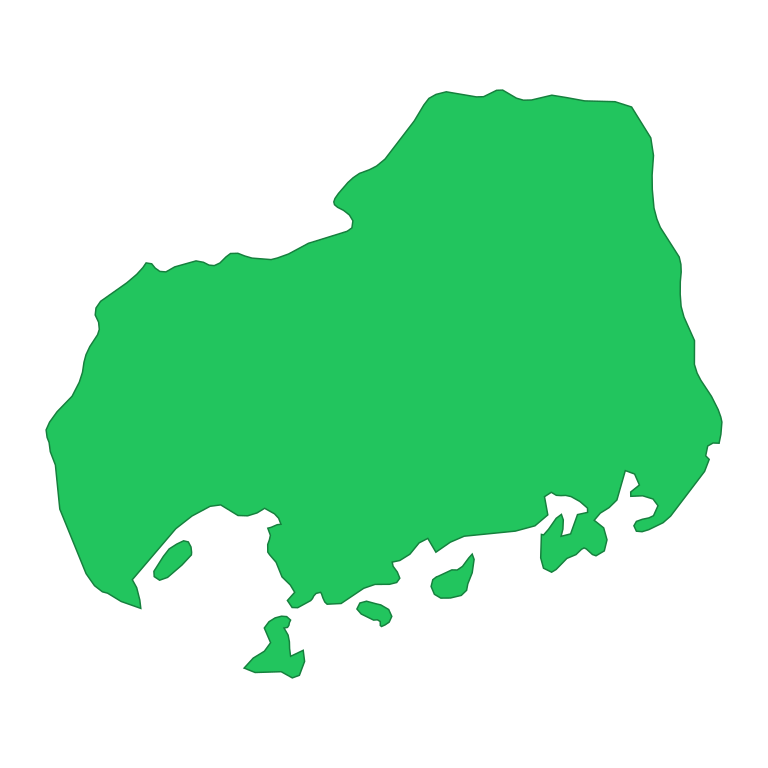 SVG path tracing the border of Hiroshima
{"feature_id": "JPN-1821", "entity_name": "Hiroshima", "entity_type": "Prefecture", "adm_level": 1, "iso_a3": "JPN", "parent_name": "Japan", "parent_adm1": "", "projection": "orthographic", "projection_center": [132.763, 34.576], "detail": "fine", "context": "isolated", "style": "filled", "palette": "green", "viewbox_px": 768, "rotation_deg": 0, "n_neighbors": 0, "source": "natural_earth", "source_scale": "10m", "svg_char_len": 3693}
<svg xmlns="http://www.w3.org/2000/svg" viewBox="0 0 768 768"><path d="M719.1,443.2L713.0,443.0L707.7,446.0L705.7,455.8L709.2,459.4L704.6,471.4L670.6,516.1L663.1,522.7L648.7,529.7L642.1,531.7L636.4,531.2L633.9,525.8L636.4,521.4L642.3,519.3L648.9,517.9L653.5,515.7L658.0,505.7L653.0,499.0L642.7,495.8L630.8,496.3L630.7,492.0L639.4,485.0L634.6,474.0L625.3,470.6L616.9,500.0L609.1,507.6L600.3,513.1L594.2,520.3L603.7,527.9L607.0,539.8L604.3,550.9L596.0,555.8L592.4,554.5L586.4,549.0L584.1,547.9L581.5,549.3L576.0,554.6L566.9,558.4L556.1,569.5L551.6,572.2L543.5,568.2L540.7,557.9L541.4,534.4L543.6,534.9L548.6,529.2L556.2,518.3L561.4,514.4L563.3,519.9L562.9,529.1L561.1,536.3L570.6,533.9L577.5,514.6L587.6,512.4L587.5,508.1L579.9,501.5L571.1,496.6L565.7,495.4L561.0,495.6L556.3,495.3L551.3,492.3L544.5,496.7L547.8,514.9L535.0,525.8L515.4,531.1L464.2,536.2L450.3,542.2L435.9,552.2L427.8,538.4L419.1,542.9L409.9,554.2L399.8,560.5L392.2,562.1L393.1,566.3L397.3,572.0L399.8,578.2L396.7,582.5L389.5,584.3L375.0,584.4L363.7,588.3L341.1,603.5L327.1,604.2L324.8,602.0L322.9,597.9L321.6,594.0L320.6,592.3L316.1,593.4L313.8,595.9L312.4,598.7L310.7,600.6L297.7,607.7L292.1,607.5L287.4,600.5L294.7,592.3L290.3,585.0L282.0,576.9L276.1,562.3L269.5,554.6L267.8,552.1L267.7,544.5L269.4,539.8L270.4,535.3L267.8,528.2L271.2,527.3L277.2,524.7L281.0,524.3L278.6,518.2L274.5,513.8L264.6,508.3L257.1,512.9L247.7,515.8L238.0,515.5L220.7,504.9L210.1,506.3L192.0,516.0L175.8,528.7L132.3,579.7L136.7,587.7L139.8,600.0L140.8,608.4L137.1,607.1L121.2,601.5L107.6,593.2L102.4,591.8L94.5,585.7L86.1,573.7L59.8,509.1L55.4,465.0L50.3,451.7L49.1,442.5L47.1,437.4L46.1,429.9L49.6,422.1L57.1,411.7L72.1,396.2L79.3,382.2L82.5,372.3L84.0,362.2L86.0,354.7L89.8,346.6L97.6,334.7L99.3,329.4L98.6,322.2L95.2,315.0L96.0,308.0L100.6,301.3L126.7,282.9L136.8,274.3L142.9,267.6L146.1,262.9L151.7,263.8L155.2,268.1L159.8,271.4L165.9,271.9L174.7,266.9L196.0,260.9L203.5,262.3L209.0,265.1L214.3,265.6L219.9,263.0L225.9,257.0L230.5,253.5L237.9,253.3L244.8,256.0L252.0,258.1L271.1,259.6L277.4,258.0L288.5,254.0L308.4,243.3L347.1,231.3L351.9,227.9L352.9,220.8L349.4,215.0L343.6,210.4L337.6,207.3L334.5,204.7L333.8,201.9L335.0,198.4L338.5,193.4L347.9,182.5L353.3,177.6L359.5,173.4L369.2,169.8L376.5,166.1L385.0,159.1L414.2,121.0L423.9,104.9L428.9,98.4L436.0,94.4L446.3,91.8L476.4,96.9L483.6,96.7L496.6,90.3L502.7,90.1L516.5,98.2L523.5,100.2L531.5,100.0L551.8,95.2L566.6,97.6L584.7,100.9L615.0,101.7L631.6,107.0L650.8,137.9L653.5,155.5L652.1,175.2L652.3,189.6L654.0,208.1L656.9,219.1L660.3,227.4L679.2,257.0L680.9,264.4L681.2,272.0L680.3,281.8L680.2,294.1L681.1,306.4L684.0,317.1L694.5,340.6L694.4,364.4L697.1,373.1L700.8,380.2L711.5,396.4L718.2,409.7L720.8,417.0L721.9,422.1L720.9,434.3L719.1,443.1L719.1,443.2ZM292.3,677.9L281.2,671.7L255.1,672.5L244.1,668.1L253.2,658.1L264.4,651.2L270.6,642.7L264.3,628.0L269.0,621.7L275.1,617.9L281.5,616.2L286.7,616.6L290.6,620.1L289.4,622.6L288.9,625.3L287.5,627.4L284.0,628.0L288.1,635.1L289.4,641.8L289.6,648.7L290.6,656.3L303.2,650.3L304.6,661.4L299.4,675.3L292.3,677.9ZM468.7,558.0L472.2,554.1L474.1,559.4L472.2,572.8L467.8,583.9L466.6,590.3L461.3,595.4L450.4,598.0L440.8,598.1L434.4,594.3L431.1,586.5L432.8,579.7L436.4,576.9L437.9,576.4L451.8,569.9L457.2,570.0L462.5,566.4L468.7,558.0ZM188.3,541.9L191.0,547.0L191.6,552.3L191.4,554.9L182.0,565.0L167.6,577.4L159.6,580.2L154.2,576.6L153.9,571.3L163.3,556.5L169.2,548.9L176.7,544.1L183.6,540.8L188.3,541.9ZM380.8,604.9L388.7,609.5L391.8,616.4L389.2,622.1L385.1,624.9L381.5,626.5L380.3,625.5L380.2,621.5L377.4,619.8L373.6,620.1L361.2,614.0L356.9,609.0L359.9,603.0L366.5,601.2L376.1,603.8L380.8,604.9Z" fill="#22c55e" stroke="#15803d" stroke-width="1.5"/></svg>